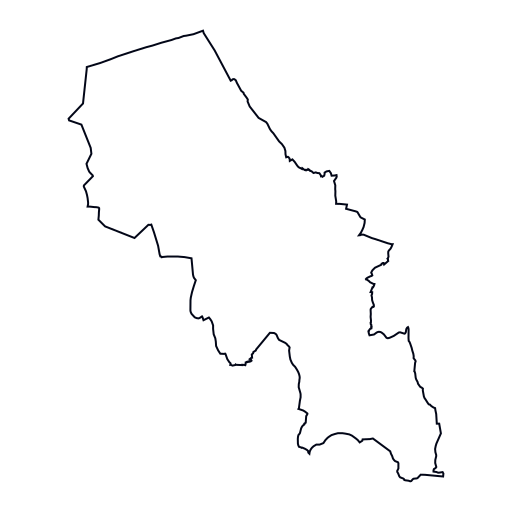 the district of 5e Arrondissement, Analamanga, Madagascar
{"feature_id": "10022922B36895306051586", "entity_name": "5e Arrondissement", "entity_type": "district", "adm_level": 2, "iso_a3": "MDG", "parent_name": "Madagascar", "parent_adm1": "Analamanga", "projection": "robinson", "projection_center": [47.548, -18.883], "detail": "fine", "context": "isolated", "style": "outline", "palette": "ink", "viewbox_px": 512, "rotation_deg": 0, "n_neighbors": 0, "source": "geoboundaries", "source_scale": "gbopen_adm2", "svg_char_len": 6065}
<svg xmlns="http://www.w3.org/2000/svg" viewBox="0 0 512 512"><path d="M443.1,476.5L443.4,473.6L442.6,472.1L438.8,472.7L437.8,472.6L436.5,472.0L433.5,471.6L433.5,470.4L433.9,469.1L435.6,468.0L436.3,467.0L435.2,463.0L435.3,459.9L436.2,456.2L436.2,455.0L435.4,452.2L435.1,449.0L435.7,446.0L436.4,443.6L440.9,433.4L439.2,423.7L436.8,423.7L436.2,414.0L435.4,410.2L435.1,408.1L433.7,407.6L432.4,406.8L430.8,405.6L430.1,404.7L428.7,404.3L427.5,402.6L425.3,399.1L424.7,398.4L423.9,396.5L422.9,391.0L422.8,389.9L422.9,388.6L421.4,387.4L420.7,387.2L420.1,386.7L418.0,383.7L417.6,382.0L416.2,379.4L415.7,377.8L415.2,373.4L414.6,371.5L414.3,371.3L415.1,362.9L415.6,361.4L415.4,360.5L413.6,358.2L413.7,356.1L413.3,353.7L412.3,350.6L411.7,348.0L410.3,343.9L409.6,342.1L408.7,340.9L408.5,338.1L408.6,329.1L408.2,327.5L408.0,327.1L407.1,327.7L406.3,329.1L405.8,332.2L405.1,333.4L404.5,333.7L400.1,332.3L398.8,332.5L393.8,335.9L389.6,337.8L388.0,338.2L387.6,338.2L386.5,337.8L383.8,334.3L381.5,332.5L380.4,332.0L378.9,331.8L377.9,332.0L376.7,332.5L374.0,334.5L369.5,335.3L368.9,333.6L368.4,331.2L368.6,330.9L369.0,330.8L369.1,330.2L370.2,328.8L371.4,328.4L371.6,326.9L371.6,326.7L371.2,326.7L371.3,324.8L370.8,324.3L370.6,322.8L370.9,322.6L371.0,320.5L370.6,316.9L370.8,314.0L370.6,309.8L370.8,308.9L372.5,306.8L373.5,306.9L373.9,306.3L373.8,304.8L372.9,302.6L372.1,300.1L372.0,297.5L371.5,295.4L372.1,293.9L372.2,292.2L370.6,292.1L372.5,287.3L373.0,287.4L373.6,286.4L374.3,284.7L374.4,284.0L373.6,284.0L370.0,282.2L369.1,281.2L366.9,279.6L366.1,279.5L365.9,279.1L366.6,278.3L367.7,277.6L370.6,276.2L371.5,276.0L372.3,275.4L371.9,274.0L371.2,272.7L371.9,271.2L372.6,270.1L375.0,267.7L381.2,264.8L381.5,264.4L381.6,263.7L382.2,263.5L382.9,263.0L383.6,263.0L384.1,264.5L388.2,261.0L388.0,260.5L388.0,259.2L387.5,258.7L387.9,258.2L388.5,256.7L388.2,253.1L388.3,251.5L388.9,250.5L390.6,248.6L391.8,246.3L391.9,245.5L392.3,245.0L392.6,244.2L391.6,244.2L387.9,243.3L375.3,239.1L371.9,238.1L363.7,234.7L361.7,234.6L360.1,235.2L359.0,235.3L360.9,232.7L362.3,230.0L363.6,227.0L364.6,222.9L364.8,219.5L361.0,217.6L360.3,217.0L357.5,212.2L357.0,211.8L355.5,211.3L346.1,208.8L347.0,204.6L340.0,203.9L336.1,203.8L336.2,201.4L335.3,195.7L335.4,191.1L335.2,189.2L335.3,185.3L334.0,181.0L336.3,177.8L336.7,176.6L336.5,175.1L334.5,175.5L331.6,175.7L330.9,173.2L329.3,170.9L326.5,171.4L324.6,172.6L324.6,173.9L324.2,175.7L322.4,176.8L321.7,176.1L321.0,176.3L320.8,175.3L319.4,173.2L317.3,173.0L315.8,172.4L313.5,173.0L311.5,171.2L310.1,170.9L309.6,170.4L309.5,169.9L308.3,169.2L308.2,169.6L307.9,169.5L307.7,169.9L306.0,169.8L305.9,170.3L305.3,170.2L304.5,169.9L302.3,168.2L302.0,169.0L300.5,168.1L299.4,167.7L298.3,166.9L297.2,165.6L294.7,161.9L292.4,159.4L289.8,160.9L289.6,158.6L288.5,157.2L287.9,156.8L286.2,157.3L285.5,154.2L285.4,151.0L284.4,147.7L281.9,144.1L279.1,141.4L273.3,133.2L271.5,131.3L270.5,129.9L269.8,128.8L267.4,123.8L266.1,122.1L258.6,117.9L249.7,106.5L247.6,101.5L247.8,99.5L246.5,97.5L243.8,93.9L243.5,92.7L241.2,90.8L236.9,82.9L235.8,80.3L234.4,79.2L233.3,79.1L232.5,79.4L231.8,80.2L230.7,80.7L214.7,50.5L203.7,33.1L203.0,30.7L193.5,34.2L186.1,35.7L183.7,36.0L178.5,38.0L175.9,38.4L171.5,40.0L161.5,42.7L152.4,45.6L146.3,47.2L133.8,51.1L117.9,56.3L111.5,58.9L100.2,63.0L86.8,67.0L86.7,69.3L83.0,103.5L68.6,118.7L69.1,120.4L81.4,124.6L90.7,147.9L91.4,153.8L86.5,163.8L87.6,168.0L89.0,171.2L89.6,172.2L92.7,175.4L92.9,176.2L84.3,185.0L83.9,185.5L83.8,186.6L86.0,191.3L87.0,195.0L87.6,198.1L88.1,202.5L88.1,204.1L87.6,206.6L89.8,206.6L94.4,207.1L96.5,207.2L98.6,207.6L99.1,208.1L99.2,209.0L98.9,212.3L98.8,215.5L98.4,219.7L105.1,226.4L134.5,238.0L148.4,224.8L150.4,224.9L151.3,224.6L154.0,232.4L158.1,245.8L159.6,254.2L160.3,256.4L161.4,256.6L161.6,257.2L163.5,256.9L167.8,256.5L177.4,256.5L184.6,257.1L191.5,258.3L193.0,274.6L193.5,276.7L194.1,278.0L195.8,280.2L193.9,285.9L192.0,292.2L190.8,297.6L190.5,300.2L190.4,310.2L190.5,311.2L190.9,312.5L191.6,313.9L194.7,317.3L196.6,318.1L198.5,318.4L199.6,318.0L202.0,316.4L202.5,317.2L203.5,320.2L208.9,317.5L210.3,319.2L211.7,321.4L213.1,325.4L213.1,328.9L213.7,334.3L215.3,338.3L215.5,339.6L215.8,341.5L216.1,346.0L218.1,350.3L220.3,353.7L224.1,353.9L225.1,353.6L225.5,354.0L227.3,359.1L229.2,362.0L230.5,363.3L230.6,363.6L230.3,364.9L231.0,364.9L232.5,365.6L235.3,365.0L235.6,364.5L236.0,364.8L237.6,364.9L242.3,365.1L242.3,364.8L244.1,364.9L245.3,365.2L245.5,364.7L245.7,362.4L247.0,362.2L247.0,361.8L247.4,361.7L247.3,362.0L249.0,361.8L249.3,361.4L249.5,361.7L250.6,361.4L251.5,360.7L250.8,359.4L249.9,359.0L251.4,357.8L252.1,357.7L251.8,354.5L253.1,353.3L253.4,352.0L255.8,350.5L256.1,349.5L269.9,332.8L273.9,333.0L274.5,333.2L276.0,334.2L276.6,335.0L277.9,338.1L279.1,339.9L285.1,342.8L286.6,343.9L287.5,345.1L288.9,346.4L289.6,347.4L289.1,350.6L289.8,356.5L290.4,359.5L291.8,362.8L293.1,364.8L295.1,366.8L296.9,369.6L298.2,372.0L299.0,374.0L299.5,375.9L299.7,377.3L299.6,378.8L299.4,379.9L299.3,381.7L298.8,384.0L298.7,387.2L300.4,393.1L300.6,394.3L300.6,397.3L299.9,400.8L298.9,408.3L298.5,408.9L303.2,410.5L305.0,411.6L307.4,413.5L307.3,414.3L306.2,416.1L305.7,422.7L304.3,423.6L304.4,424.4L302.7,425.7L301.7,427.2L301.1,428.5L300.1,432.5L299.8,433.4L298.4,435.1L298.0,436.8L297.8,438.9L297.9,443.6L298.3,445.3L299.0,446.8L301.1,447.4L301.5,447.8L302.2,447.6L304.8,448.7L306.9,449.9L308.1,451.0L308.3,452.6L309.4,453.7L309.7,451.7L310.6,449.6L311.9,447.8L313.5,446.3L316.3,444.6L319.6,444.6L323.4,443.1L325.4,440.1L327.6,437.8L328.9,436.8L331.5,435.1L334.9,434.0L337.9,433.2L342.4,433.2L345.2,433.6L349.3,434.4L351.9,435.6L355.9,438.5L357.8,440.1L359.7,442.4L361.9,441.0L362.3,440.7L362.6,439.4L369.8,439.1L372.9,438.5L390.2,451.3L391.0,453.8L392.1,455.9L393.0,458.6L394.0,460.0L395.1,461.1L397.9,462.2L398.4,463.2L398.4,468.5L397.2,471.0L397.3,472.0L398.1,473.3L399.3,476.3L400.1,477.3L403.4,478.6L403.9,479.0L404.3,480.0L405.4,480.3L408.5,480.7L410.2,481.3L410.7,481.2L411.3,481.0L412.8,479.2L413.7,478.7L416.8,478.4L417.6,478.0L420.7,474.7L424.9,474.8L443.1,476.5Z" fill="none" stroke="#020617" stroke-width="2"/></svg>